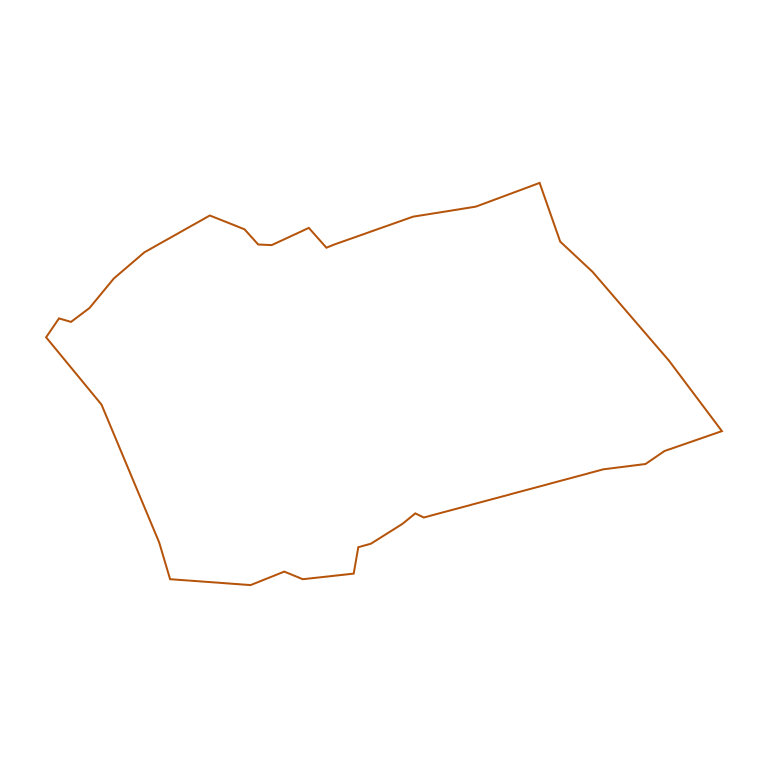 Wythe, Virginia, United States of America
{"feature_id": "52423323B95970621217609", "entity_name": "Wythe", "entity_type": "district", "adm_level": 2, "iso_a3": "USA", "parent_name": "United States of America", "parent_adm1": "Virginia", "projection": "robinson", "projection_center": [-81.09, 36.916], "detail": "fine", "context": "isolated", "style": "outline", "palette": "amber", "viewbox_px": 768, "rotation_deg": 0, "n_neighbors": 0, "source": "geoboundaries", "source_scale": "gbopen_adm2", "svg_char_len": 555}
<svg xmlns="http://www.w3.org/2000/svg" viewBox="0 0 768 768"><path d="M721.9,431.1L669.0,360.7L592.6,271.9L560.2,241.6L539.6,182.9L475.9,206.6L412.9,216.7L334.3,244.5L326.4,247.7L308.8,227.9L271.7,245.1L258.2,244.5L244.5,229.3L209.8,215.5L144.4,252.3L113.8,278.5L89.5,308.0L71.0,321.9L59.0,318.4L46.1,337.3L101.5,404.6L159.2,542.5L170.1,579.2L250.5,585.1L284.3,571.6L302.7,579.2L353.7,573.6L358.3,547.2L370.9,543.7L402.5,523.8L415.3,513.4L423.8,517.5L603.4,469.3L645.5,464.0L664.5,451.0L721.9,431.1Z" fill="none" stroke="#b45309" stroke-width="2"/></svg>